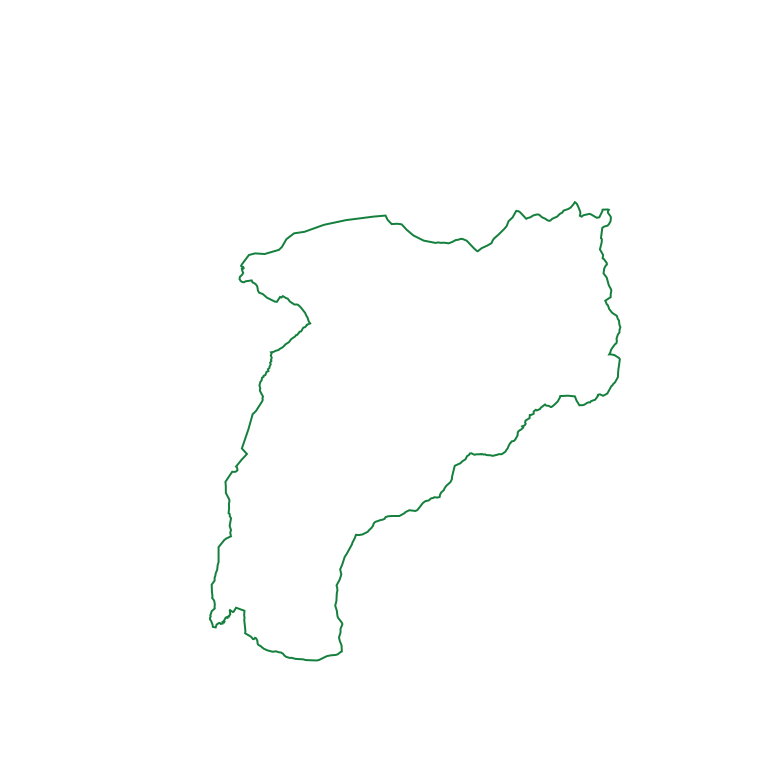 the district of Frasin, Suceava, Romania, rotated 52°
{"feature_id": "2599482B18485783850003", "entity_name": "Frasin", "entity_type": "district", "adm_level": 2, "iso_a3": "ROU", "parent_name": "Romania", "parent_adm1": "Suceava", "projection": "albers", "projection_center": [25.81, 47.509], "detail": "fine", "context": "isolated", "style": "outline", "palette": "green", "viewbox_px": 768, "rotation_deg": 52, "n_neighbors": 0, "source": "geoboundaries", "source_scale": "gbopen_adm2", "svg_char_len": 6164}
<svg xmlns="http://www.w3.org/2000/svg" viewBox="0 0 768 768"><g transform="rotate(52 384 384)"><path d="M568.8,581.9L563.9,578.4L559.2,577.0L556.0,575.5L553.0,571.2L550.2,569.0L547.7,564.7L546.6,564.2L540.0,564.1L538.3,563.6L533.5,560.7L528.6,558.9L525.7,555.1L519.8,550.0L518.2,548.0L515.9,546.4L513.5,545.4L510.9,539.4L508.8,536.3L507.8,534.9L503.0,532.6L500.8,528.4L496.1,521.5L494.8,517.7L490.5,507.7L489.8,507.0L487.5,502.0L485.6,499.0L487.7,496.6L489.3,493.6L490.3,488.7L490.4,487.5L490.0,485.8L489.7,482.5L488.9,479.7L488.0,478.8L487.3,476.7L487.3,475.7L489.1,470.5L490.1,468.5L490.6,466.6L489.9,464.8L490.6,462.5L492.4,459.7L497.5,453.1L498.4,447.6L498.2,445.7L499.1,441.7L503.4,437.4L503.9,435.3L501.7,426.6L501.8,423.4L503.3,420.5L503.1,417.3L504.1,415.5L504.2,414.1L506.4,411.8L507.3,409.7L505.8,408.1L504.7,405.8L504.4,401.9L503.6,400.8L502.6,397.7L502.2,392.0L500.8,389.1L499.0,387.5L492.0,378.6L493.5,372.3L493.1,369.7L493.5,366.6L493.3,365.6L492.0,363.1L492.2,360.3L491.6,359.2L492.4,357.8L495.3,356.4L496.8,353.7L497.7,352.8L498.7,351.0L499.3,350.8L499.4,350.0L500.9,349.0L501.6,347.7L503.1,347.0L506.0,343.7L507.4,342.8L509.6,338.1L509.8,337.0L511.8,334.4L511.9,333.2L512.1,330.0L511.4,328.5L510.8,326.0L509.6,324.1L508.3,321.1L508.3,320.1L507.8,318.8L508.8,316.9L508.6,314.8L506.7,310.3L504.8,308.7L504.1,307.6L504.0,305.4L504.3,304.3L504.1,301.2L502.4,301.2L503.1,299.1L503.0,297.7L502.5,296.8L501.2,296.5L500.1,295.2L500.0,294.4L500.5,290.3L498.2,288.2L499.0,287.0L499.6,284.4L497.8,282.9L497.8,280.2L498.9,279.8L499.8,276.5L499.2,275.0L499.3,269.7L500.8,269.5L502.7,267.6L504.9,266.7L505.2,266.2L505.3,263.2L504.7,257.9L502.9,253.6L502.0,252.6L506.5,246.2L511.3,241.2L515.6,242.5L521.1,243.1L523.2,240.1L523.7,238.6L523.9,235.8L524.3,234.2L525.4,233.0L525.0,231.3L526.4,227.2L525.1,222.7L524.5,222.5L524.3,221.9L525.1,220.2L528.2,218.6L529.0,213.9L525.7,206.2L525.7,204.8L525.2,203.7L524.9,200.9L522.7,195.6L517.7,191.2L509.7,182.9L508.2,182.8L503.1,184.6L499.9,187.4L499.3,188.3L498.4,186.1L497.3,184.8L496.5,183.2L494.9,177.7L495.0,175.9L493.6,174.1L491.5,172.9L488.9,169.1L488.4,166.8L486.2,164.9L484.8,162.8L482.4,162.1L478.7,159.8L476.8,159.7L473.6,158.6L468.3,160.4L463.6,160.4L459.9,159.1L458.5,159.4L454.6,158.3L455.1,151.9L452.7,150.0L450.5,147.5L449.2,146.8L444.7,146.1L437.3,143.0L432.0,142.9L428.6,139.4L427.4,136.8L427.0,134.7L425.8,134.0L421.3,133.8L419.5,134.3L417.7,132.3L416.6,131.8L410.9,131.0L406.6,125.5L404.4,123.4L403.5,123.1L402.7,123.3L395.4,115.9L395.4,113.9L396.8,110.4L396.6,108.6L395.3,105.4L392.7,102.8L391.5,102.3L386.9,102.1L385.9,101.3L385.1,99.6L384.1,100.4L381.2,104.4L382.4,105.8L385.2,111.7L384.0,114.0L377.9,116.4L376.4,117.4L373.9,122.7L373.7,123.9L373.8,125.2L372.0,126.1L370.5,124.2L368.7,123.2L363.6,121.7L360.4,121.1L358.2,121.7L359.1,124.2L359.9,128.4L359.5,131.2L357.9,135.8L358.7,137.9L358.2,140.8L358.7,144.5L357.4,149.7L357.6,151.9L357.4,153.0L356.8,153.7L355.3,154.5L353.2,155.1L350.0,156.8L346.3,157.5L345.1,158.3L344.0,160.3L343.0,162.9L342.8,166.0L341.8,168.2L341.4,170.2L332.5,171.0L330.8,171.6L329.0,173.2L331.9,180.1L332.4,185.6L335.0,190.0L335.8,193.4L336.8,202.1L337.1,207.7L337.8,210.0L339.2,212.6L338.5,217.5L337.1,223.3L337.1,228.4L336.1,229.0L332.4,229.6L322.0,230.6L317.9,232.9L316.8,234.4L316.0,236.8L314.8,238.7L314.0,243.1L312.9,246.5L309.6,249.7L307.7,252.4L305.8,254.1L304.5,256.6L295.5,264.4L285.0,269.4L276.3,271.2L269.0,271.8L265.9,274.9L262.7,279.5L256.9,280.1L252.2,279.1L245.7,289.1L231.5,313.0L221.6,333.3L215.1,353.0L209.9,362.1L209.8,371.7L213.2,380.2L213.6,384.2L208.1,398.0L201.7,405.2L199.2,411.0L202.1,421.9L202.9,423.9L204.0,423.9L205.2,422.9L206.3,423.2L206.5,423.9L205.8,425.1L208.1,426.2L209.8,426.5L210.6,428.7L210.8,431.5L212.3,433.2L214.4,433.5L216.3,433.0L217.6,431.7L217.9,429.8L220.9,424.5L223.0,425.0L224.8,424.1L227.1,423.6L229.3,423.9L232.8,425.8L235.0,426.2L238.6,424.1L243.9,423.1L252.0,419.2L253.3,417.8L251.4,412.3L252.7,411.6L252.5,409.6L256.2,408.2L257.4,407.3L261.1,407.4L265.3,406.0L266.4,405.5L267.6,403.8L268.7,403.0L272.4,402.4L279.5,402.4L282.5,403.2L284.4,403.3L288.1,404.7L290.8,404.9L289.8,408.4L290.2,408.6L290.6,411.3L290.1,412.2L290.0,413.3L291.5,416.7L290.8,418.5L291.2,419.0L291.4,420.7L291.9,421.8L291.3,423.4L291.8,424.5L291.5,429.5L292.5,433.1L292.1,437.2L292.6,440.1L292.6,441.9L292.1,444.9L292.3,446.1L291.3,448.5L290.6,451.4L289.5,453.5L290.6,453.6L291.8,455.6L294.2,456.3L295.6,458.4L296.6,458.6L297.1,460.6L298.8,461.2L299.7,463.3L300.9,464.5L300.9,466.3L302.7,467.2L302.1,469.1L303.9,472.0L303.4,473.8L304.2,474.6L304.0,476.2L305.9,478.4L306.2,480.1L308.3,482.9L311.4,484.3L312.1,485.3L313.1,486.0L319.4,487.1L320.4,488.6L321.7,489.2L322.6,490.5L326.4,501.4L326.8,504.1L326.8,505.9L336.2,518.7L347.3,535.7L354.8,535.1L356.1,543.3L358.0,551.4L359.3,551.2L361.7,552.5L361.9,554.4L361.2,555.9L359.7,557.7L363.5,569.2L366.9,571.4L372.5,575.7L379.9,577.1L381.3,578.0L382.6,579.7L386.5,582.5L390.1,586.0L391.4,585.6L393.2,586.9L395.6,587.2L400.8,593.0L404.9,594.5L406.5,596.7L409.8,598.4L408.7,603.1L408.6,605.8L410.7,614.8L422.5,624.0L424.5,626.8L427.7,629.8L429.6,633.2L431.4,635.1L432.2,636.6L434.7,638.6L436.0,643.3L442.2,647.8L445.8,649.9L446.7,651.1L449.9,651.2L451.2,651.7L453.8,653.2L455.0,654.5L456.7,655.6L456.9,659.5L459.4,663.3L460.3,663.6L460.7,664.0L460.9,664.8L462.4,666.0L464.6,666.2L468.1,667.3L470.0,668.4L472.2,666.5L470.5,664.0L470.8,660.9L471.5,660.4L472.5,660.4L473.4,658.6L472.0,657.7L472.3,656.9L473.3,656.7L473.0,655.9L472.1,656.0L470.7,652.7L470.8,651.7L471.9,651.5L472.0,651.1L471.3,650.3L471.3,649.6L471.8,649.1L471.2,648.7L471.0,647.1L467.6,645.0L467.4,644.5L470.5,643.6L470.9,642.8L469.2,638.3L476.8,633.6L480.3,636.7L482.4,637.8L483.7,639.3L493.2,645.2L495.0,646.9L501.2,644.4L504.3,644.3L504.9,643.7L504.6,641.9L505.7,641.4L508.2,641.8L510.9,643.5L512.3,643.6L514.6,642.6L518.6,641.7L522.1,639.9L526.5,636.5L528.2,633.6L530.1,632.5L532.3,630.4L534.7,629.6L536.6,629.7L538.9,629.0L541.6,627.1L543.0,625.3L546.2,622.9L551.2,617.2L553.3,615.7L560.3,607.4L561.4,605.4L563.3,596.5L565.0,593.1L567.8,588.8L568.5,586.9L568.5,583.4L568.8,581.9Z" fill="none" stroke="#15803d" stroke-width="2"/></g></svg>